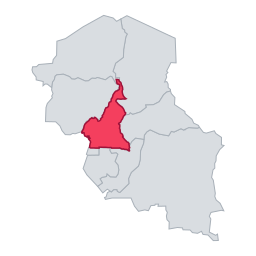 Cameroon and the surrounding countries
{"feature_id": "CMR", "entity_name": "Cameroon", "entity_type": "country or territory", "adm_level": 0, "iso_a3": "CMR", "parent_name": "Africa", "parent_adm1": "", "projection": "albers", "projection_center": [12.994, 7.377], "detail": "fine", "context": "with_neighbors", "style": "filled", "palette": "rose", "viewbox_px": 256, "rotation_deg": 0, "n_neighbors": 8, "source": "natural_earth", "source_scale": "50m", "svg_char_len": 8486}
<svg xmlns="http://www.w3.org/2000/svg" viewBox="0 0 256 256"><path d="M213.3,180.2L215.3,193.3L214.8,196.5L216.2,200.0L220.1,203.3L223.8,210.8L221.3,210.3L211.0,212.4L209.3,216.3L210.8,219.0L209.3,232.1L215.7,235.3L217.5,234.1L218.3,240.5L213.3,240.6L208.0,235.0L203.0,234.4L201.5,231.3L197.6,233.3L192.4,232.6L190.1,230.0L183.0,229.8L182.5,227.9L177.4,227.5L169.0,229.0L169.2,221.9L167.0,219.7L166.4,216.0L167.3,212.3L165.9,210.0L165.8,206.1L158.0,206.3L158.5,204.1L155.2,204.2L154.9,205.3L150.9,205.6L148.4,210.7L144.8,209.9L138.5,211.3L134.5,206.2L131.0,198.0L112.1,198.0L105.4,199.4L104.5,197.5L106.1,196.9L107.4,192.6L109.7,191.3L111.4,191.9L113.6,189.6L117.0,189.6L117.4,191.4L119.8,192.5L128.9,183.6L128.6,178.5L131.3,172.4L138.4,166.1L139.1,164.1L140.2,159.7L140.6,150.6L143.6,143.3L144.4,135.1L146.8,131.9L150.1,129.8L159.3,134.1L168.6,135.8L171.3,131.4L174.1,132.0L181.0,128.7L183.5,130.0L185.5,129.7L186.4,128.2L188.7,127.6L197.4,128.1L199.5,127.4L203.4,132.4L206.3,133.1L214.3,130.8L215.8,133.5L221.5,137.4L221.4,144.8L224.0,145.5L219.7,149.6L216.2,155.9L216.0,160.9L214.7,163.4L214.8,168.1L213.0,169.9L211.6,177.5L213.3,180.2Z" fill="#d9dde1" stroke="#a8b0b8" stroke-width="1"/><path d="M175.2,38.3L176.1,62.9L170.9,62.6L166.6,71.1L167.9,72.5L166.0,74.5L166.7,77.1L164.6,82.0L166.8,81.6L168.1,84.0L168.2,87.6L170.5,89.5L170.5,91.0L166.6,92.1L163.6,94.7L159.2,101.7L153.4,104.7L145.7,105.0L146.4,107.2L140.5,111.9L132.7,114.4L130.2,112.9L129.0,114.5L123.9,115.0L124.9,113.3L122.0,106.4L119.3,105.3L115.6,101.7L117.0,98.7L125.0,98.9L121.6,93.2L121.4,84.9L118.9,80.9L119.5,77.9L115.6,77.8L115.6,73.7L113.0,71.4L115.6,63.2L123.4,57.3L123.7,49.3L125.9,36.7L127.2,34.1L124.7,32.0L124.6,30.1L122.3,28.5L120.8,19.0L126.9,15.7L175.2,38.3Z" fill="#d9dde1" stroke="#a8b0b8" stroke-width="1"/><path d="M120.8,19.0L122.3,28.5L124.6,30.1L124.7,32.0L127.2,34.1L125.9,36.7L123.7,49.3L123.4,57.3L115.6,63.2L113.0,71.4L115.6,73.7L115.6,77.8L119.5,77.9L118.9,80.9L117.2,81.2L117.0,83.2L115.8,83.4L111.7,76.5L110.2,76.3L105.4,79.8L97.4,77.5L95.6,78.4L92.0,78.2L88.4,80.8L85.3,81.0L77.9,77.7L74.9,79.2L71.8,79.0L69.5,76.6L63.4,74.2L56.8,74.8L55.2,76.1L54.3,79.7L52.5,82.2L51.9,87.8L47.3,84.1L45.1,84.0L43.0,85.8L43.2,81.5L36.2,79.9L36.1,76.9L32.8,72.7L32.0,69.9L32.6,66.8L36.5,66.7L38.8,64.5L52.6,63.3L53.2,59.5L56.6,55.4L56.9,41.2L65.5,38.6L83.1,26.8L103.7,15.4L113.2,18.0L116.6,21.3L120.8,19.0Z" fill="#d9dde1" stroke="#a8b0b8" stroke-width="1"/><path d="M45.5,121.6L46.0,107.5L47.3,103.5L52.3,97.8L51.7,96.1L53.0,93.6L51.6,89.9L52.5,82.2L54.3,79.7L55.2,76.1L56.8,74.8L63.4,74.2L69.5,76.6L71.8,79.0L74.9,79.2L77.9,77.7L85.3,81.0L88.4,80.8L92.0,78.2L95.6,78.4L97.4,77.5L105.4,79.8L110.2,76.3L111.7,76.5L115.8,83.4L117.0,83.2L119.4,85.7L118.4,88.9L113.3,93.8L108.2,106.9L104.9,109.5L101.9,117.8L97.6,119.9L94.2,117.3L91.8,117.4L88.1,121.1L86.3,121.1L81.6,131.6L75.1,133.8L72.7,133.4L70.3,134.8L65.3,134.6L62.0,130.6L60.0,126.0L55.7,121.8L45.5,121.6Z" fill="#d9dde1" stroke="#a8b0b8" stroke-width="1"/><path d="M199.5,127.4L197.4,128.1L188.7,127.6L183.5,130.0L181.0,128.7L174.1,132.0L171.3,131.4L168.6,135.8L159.3,134.1L150.1,129.8L146.8,131.9L144.4,135.1L143.9,139.5L135.6,138.2L131.9,141.5L128.7,147.4L127.7,142.7L124.8,140.7L121.9,135.2L119.0,132.0L118.8,127.4L119.3,122.6L120.8,121.4L123.9,115.0L129.0,114.5L130.2,112.9L132.7,114.4L140.5,111.9L146.4,107.2L145.7,105.0L153.4,104.7L159.2,101.7L163.6,94.7L166.6,92.1L170.5,91.0L171.3,93.6L174.9,97.5L174.5,104.6L184.9,111.5L185.1,113.5L192.0,119.3L193.7,123.1L198.4,125.4L199.5,127.4Z" fill="#d9dde1" stroke="#a8b0b8" stroke-width="1"/><path d="M143.9,139.5L143.6,143.3L140.6,150.6L140.2,159.7L139.1,164.1L138.4,166.1L131.3,172.4L128.6,178.5L128.9,183.6L119.8,192.5L117.4,191.4L117.0,189.6L113.6,189.6L111.4,191.9L107.3,189.2L102.8,192.9L97.6,186.3L102.4,182.9L100.0,178.8L102.2,177.3L106.5,176.5L107.0,173.8L110.4,176.8L116.0,177.0L118.0,174.1L118.8,169.9L118.0,165.1L115.0,161.4L117.8,154.2L116.2,152.9L111.5,153.4L109.7,150.2L110.2,147.5L118.1,147.7L128.2,150.8L128.7,147.4L131.9,141.5L135.6,138.2L143.9,139.5Z" fill="#d9dde1" stroke="#a8b0b8" stroke-width="1"/><path d="M98.9,147.5L105.7,147.9L109.4,147.1L110.2,147.5L109.7,150.2L111.5,153.4L116.2,152.9L117.8,154.2L115.0,161.4L118.0,165.1L118.8,169.9L118.0,174.1L116.0,177.0L110.4,176.8L107.0,173.8L106.5,176.5L102.2,177.3L100.0,178.8L102.4,182.9L97.6,186.3L86.9,174.9L83.1,168.5L87.6,155.2L98.9,155.0L98.9,147.5Z" fill="#d9dde1" stroke="#a8b0b8" stroke-width="1"/><path d="M88.7,147.3L98.9,147.5L98.9,155.0L87.6,155.2L86.4,154.3L88.7,147.3Z" fill="#d9dde1" stroke="#a8b0b8" stroke-width="1"/><path d="M81.9,131.7L82.1,131.2L82.5,130.6L82.9,129.9L83.5,128.9L83.9,127.3L84.1,126.2L84.4,125.3L84.8,124.4L85.2,123.8L86.3,122.7L87.1,121.9L87.6,121.6L87.9,121.3L88.4,121.0L88.9,120.6L89.3,119.8L89.7,119.1L89.9,119.0L90.3,118.9L91.3,118.1L91.9,117.7L92.1,117.9L92.2,118.2L92.3,118.3L92.9,118.4L93.6,118.4L94.1,118.3L94.3,118.1L94.5,117.4L94.8,117.3L95.6,117.7L96.3,118.4L97.0,119.1L97.3,119.3L97.5,119.6L97.8,120.8L97.9,121.1L98.2,121.2L98.7,121.1L99.3,120.9L99.8,120.6L100.2,120.2L100.6,119.9L100.7,119.6L100.8,118.6L100.9,118.4L101.4,118.0L102.2,117.3L102.6,117.0L102.6,116.8L102.3,116.4L102.1,116.0L102.3,115.5L102.6,115.2L103.6,114.0L103.6,113.6L103.7,113.1L104.5,111.8L104.9,110.0L105.0,109.6L105.4,108.8L106.0,107.7L107.1,107.5L107.6,107.2L108.1,106.7L108.4,106.3L108.5,105.8L108.6,105.0L108.8,104.0L108.9,103.2L109.3,102.4L109.8,102.0L110.8,101.7L111.1,101.1L111.2,100.0L111.2,99.4L111.3,99.1L111.4,98.6L112.3,97.7L112.7,96.4L113.0,95.0L114.0,93.3L115.2,91.7L115.8,91.2L116.2,91.0L116.8,91.0L117.1,90.8L118.4,90.0L118.9,89.7L119.3,89.4L119.4,89.2L119.5,88.8L119.3,87.9L119.5,87.3L119.7,86.3L119.7,85.6L119.7,85.3L119.5,84.9L119.4,84.8L119.1,84.4L118.4,84.1L117.5,84.0L117.1,83.8L117.0,83.4L117.0,83.2L116.9,83.0L116.8,82.4L116.2,79.5L117.4,79.5L118.7,79.8L119.0,80.1L119.2,81.1L119.7,81.7L120.5,82.1L121.1,83.1L121.3,84.5L121.8,85.4L121.9,85.6L122.4,86.8L122.5,87.2L122.6,88.0L122.5,88.5L122.8,89.1L122.4,90.2L122.3,90.9L122.2,91.8L122.5,93.4L122.9,94.7L123.3,95.7L123.8,96.5L124.5,97.4L125.4,98.2L126.1,98.7L125.4,99.0L124.1,99.1L123.3,98.9L122.9,98.9L122.5,99.0L121.1,99.2L119.6,99.1L118.2,98.9L117.4,98.9L116.8,99.4L116.2,100.2L115.8,100.8L115.9,101.4L116.3,101.8L117.0,102.5L117.6,103.3L118.0,103.8L119.2,104.9L120.5,105.9L120.7,106.1L121.0,106.3L121.9,106.9L122.8,107.9L123.7,109.3L124.3,110.8L124.9,112.3L125.1,112.5L125.6,112.7L125.6,113.0L125.6,113.5L125.5,113.9L125.1,114.4L124.5,115.4L123.7,116.0L123.4,116.4L123.3,116.8L123.1,117.3L122.7,118.2L122.4,119.0L122.1,119.3L121.3,120.5L120.8,121.7L120.7,122.0L120.3,122.4L119.4,122.8L119.1,123.0L118.9,123.2L118.7,123.4L118.6,123.7L118.8,124.2L119.1,124.5L119.3,124.5L119.6,124.5L119.8,124.8L119.8,127.2L119.6,127.5L119.5,128.1L119.5,128.5L119.7,128.8L120.0,129.1L120.1,129.9L120.4,132.4L120.5,132.8L120.8,133.1L121.6,133.6L122.4,134.3L122.6,134.8L122.8,135.5L123.1,136.1L123.1,136.3L122.7,136.4L122.6,136.9L123.1,137.6L123.8,138.4L124.5,139.3L125.1,140.0L125.9,140.7L126.5,141.4L127.1,142.0L127.6,142.2L128.0,142.2L128.1,142.3L128.3,142.6L128.6,142.9L129.0,143.4L129.1,143.8L128.9,144.2L129.1,144.8L129.2,145.1L129.2,145.3L129.2,146.1L129.4,146.8L129.7,147.4L129.7,147.8L129.3,148.0L129.1,148.4L129.0,148.9L129.2,149.6L129.5,150.3L129.5,150.8L129.4,150.9L129.2,151.0L128.4,150.6L127.9,150.2L127.0,149.6L126.1,149.4L124.9,149.4L124.4,149.4L124.1,149.2L123.6,148.9L123.3,148.9L122.9,149.1L122.7,149.1L122.3,149.0L121.7,149.0L121.6,148.7L120.8,148.6L120.6,148.3L120.2,148.3L119.6,147.9L119.1,148.1L117.8,148.1L116.2,148.1L114.6,148.1L113.1,148.1L111.6,148.1L111.4,147.7L111.1,147.5L110.5,147.5L108.9,147.6L107.6,147.5L107.2,147.5L106.8,147.4L105.7,147.3L104.4,147.3L104.1,147.3L103.1,147.3L100.7,147.2L99.3,147.2L99.4,147.5L99.2,148.1L97.7,148.1L95.8,148.1L94.0,148.0L92.8,148.0L90.7,148.0L90.0,147.7L89.8,147.5L89.8,147.3L89.8,147.2L89.6,147.2L89.7,145.7L90.0,144.5L90.2,143.3L90.6,142.3L90.4,141.3L90.1,140.8L88.9,139.4L89.4,138.9L88.7,138.9L88.5,138.4L88.1,137.8L88.4,137.7L88.6,137.3L89.3,137.4L88.7,136.7L89.0,136.2L88.9,136.0L88.4,136.3L88.1,136.3L87.9,136.1L87.7,136.1L87.8,136.5L87.6,136.9L87.3,137.0L86.9,137.0L86.6,136.9L86.5,136.7L86.2,136.5L85.4,136.2L84.7,135.9L84.5,135.0L84.3,134.6L84.1,134.2L84.1,133.7L84.2,133.0L84.0,132.9L83.8,132.8L83.5,132.9L83.2,132.8L82.9,132.4L82.6,132.2L82.8,133.0L82.5,133.2L82.0,133.1L81.8,132.8L81.8,132.6L82.0,131.7L81.9,131.7Z" fill="#f43f5e" stroke="#9f1239" stroke-width="1.5"/></svg>